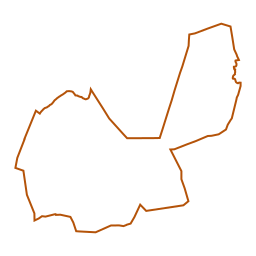 San Pedro Coxcaltepec Cántaros, Oaxaca, Mexico (Natural Earth projection)
{"feature_id": "50627088B12949539755090", "entity_name": "San Pedro Coxcaltepec Cántaros", "entity_type": "district", "adm_level": 2, "iso_a3": "MEX", "parent_name": "Mexico", "parent_adm1": "Oaxaca", "projection": "natural_earth1", "projection_center": [-97.096, 17.53], "detail": "fine", "context": "isolated", "style": "outline", "palette": "amber", "viewbox_px": 256, "rotation_deg": 0, "n_neighbors": 0, "source": "geoboundaries", "source_scale": "gbopen_adm2", "svg_char_len": 2068}
<svg xmlns="http://www.w3.org/2000/svg" viewBox="0 0 256 256"><path d="M230.5,26.5L221.3,23.7L207.6,28.6L194.9,33.4L189.3,34.5L188.9,39.9L188.6,45.9L182.3,66.5L180.1,72.7L174.6,90.3L171.6,100.6L169.0,108.6L162.6,129.0L159.7,138.0L154.2,138.1L145.6,138.1L139.8,138.2L127.1,138.2L123.3,134.1L109.2,118.5L106.6,114.3L103.0,108.5L91.5,90.5L91.5,90.4L90.8,89.3L90.3,92.9L89.9,94.1L89.5,95.2L89.2,95.8L89.1,96.6L88.8,97.6L87.8,98.6L85.8,99.3L84.4,98.9L83.6,98.4L82.8,98.2L81.6,97.0L80.4,96.9L78.1,96.1L77.6,95.6L76.4,95.5L75.4,95.4L74.8,94.4L73.9,93.3L72.8,91.9L71.5,91.4L69.1,91.1L66.7,91.3L65.5,92.5L62.7,94.5L61.1,95.4L60.3,96.0L59.1,96.7L58.5,97.2L57.3,98.0L55.9,99.3L54.6,100.3L53.0,102.5L52.3,103.3L51.5,104.2L50.0,104.9L49.2,105.7L48.7,106.2L47.7,106.7L47.0,107.3L45.9,107.7L44.7,108.1L43.1,109.5L42.4,110.4L41.9,110.8L40.6,112.3L39.8,113.6L35.9,110.7L24.4,139.0L24.6,139.1L17.3,157.9L15.4,167.9L23.4,170.7L26.9,194.8L34.4,213.4L34.5,220.5L38.7,218.5L42.0,216.2L45.5,216.6L54.6,214.3L55.6,214.2L55.9,214.9L60.3,214.7L70.4,216.9L73.3,222.5L76.2,231.2L78.6,231.4L95.6,232.3L110.9,225.5L119.1,225.4L123.5,226.1L126.4,225.0L126.8,224.7L130.6,223.6L134.4,217.1L140.2,204.7L146.2,210.9L183.4,205.3L188.4,201.2L184.7,188.4L181.4,179.2L181.4,171.1L170.4,149.5L174.3,149.3L187.1,144.3L196.0,141.0L207.8,136.0L211.5,135.8L218.7,134.3L221.6,132.4L226.0,129.5L226.4,128.4L227.7,124.8L230.7,119.9L231.8,118.4L236.4,99.6L236.8,97.5L238.1,94.9L240.6,86.0L240.6,82.7L239.4,82.6L238.6,82.8L238.2,83.2L237.7,83.2L236.7,82.7L236.1,82.2L235.7,81.4L235.4,80.3L235.1,79.2L234.3,78.7L233.6,78.7L233.2,78.8L232.8,78.4L232.8,77.4L233.1,76.2L233.4,75.6L233.8,75.2L234.4,74.8L235.0,74.2L234.9,73.8L234.9,73.2L235.0,72.8L235.2,72.2L235.2,71.7L235.1,71.3L235.0,70.6L235.0,70.1L235.2,69.9L235.2,69.4L234.9,69.2L234.3,69.2L234.2,68.8L233.9,67.7L233.9,66.8L234.1,66.8L235.4,66.5L235.9,66.3L236.4,65.5L236.5,64.2L236.4,63.4L236.0,62.8L235.6,61.9L235.4,61.0L235.6,60.5L238.9,60.0L238.6,59.3L237.1,56.2L236.7,54.8L234.2,49.4L232.3,37.3L230.5,26.5Z" fill="none" stroke="#b45309" stroke-width="2"/></svg>